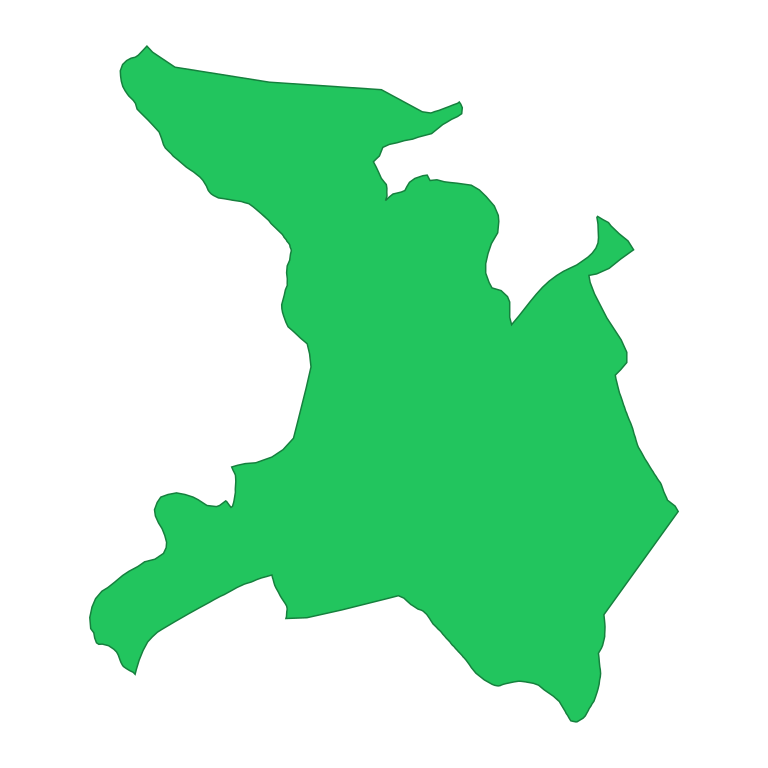 Bois D'Orange, Gros Islet, Saint Lucia (Natural Earth projection)
{"feature_id": "8701671B67132891165103", "entity_name": "Bois D'Orange", "entity_type": "district", "adm_level": 2, "iso_a3": "LCA", "parent_name": "Saint Lucia", "parent_adm1": "Gros Islet", "projection": "natural_earth1", "projection_center": [-60.96, 14.059], "detail": "fine", "context": "isolated", "style": "filled", "palette": "green", "viewbox_px": 768, "rotation_deg": 0, "n_neighbors": 0, "source": "geoboundaries", "source_scale": "gbopen_adm2", "svg_char_len": 6106}
<svg xmlns="http://www.w3.org/2000/svg" viewBox="0 0 768 768"><path d="M630.7,423.2L629.2,419.9L627.3,415.1L626.7,413.2L625.7,411.1L624.5,407.2L623.5,404.7L622.3,400.8L620.8,396.4L619.5,393.0L617.8,386.4L616.7,381.8L616.0,379.2L615.3,375.1L620.6,369.8L626.8,362.5L626.8,352.3L621.2,339.9L606.9,318.0L594.5,293.9L590.1,282.3L588.9,275.4L596.7,273.9L609.2,268.3L620.6,259.1L630.9,251.7L633.6,249.8L628.0,240.9L619.1,233.7L611.0,225.9L608.5,222.6L603.1,219.7L597.6,216.4L596.9,217.4L597.8,222.7L598.0,224.4L598.2,230.3L598.5,237.6L598.0,243.0L595.9,248.2L592.2,253.2L587.9,257.2L582.2,261.2L576.7,265.0L569.9,268.2L563.5,271.3L556.7,275.5L549.3,281.0L542.6,287.2L536.2,294.3L530.5,301.2L518.8,316.1L512.0,324.2L511.6,324.7L509.7,317.4L509.7,302.0L507.5,296.6L501.1,290.6L492.0,287.9L489.1,282.5L485.7,273.1L485.7,263.7L488.0,253.6L491.4,243.6L497.7,232.8L498.8,221.4L498.3,215.4L494.3,206.0L486.2,196.6L479.3,189.9L471.3,185.2L457.0,183.2L450.1,182.5L444.4,181.8L436.9,179.8L430.0,180.5L427.2,175.1L422.9,175.7L414.9,178.4L409.5,182.3L406.9,186.6L404.9,190.5L401.4,192.0L396.5,193.2L393.0,194.0L389.5,196.8L385.5,200.6L387.0,196.1L386.8,192.3L386.9,188.3L386.3,184.5L384.2,182.0L381.3,178.3L378.9,172.9L376.3,167.3L373.4,161.8L376.4,158.8L379.4,156.0L381.3,151.2L382.8,147.4L389.3,144.4L397.2,142.7L404.5,140.6L412.7,139.1L418.3,137.1L431.6,133.6L442.8,124.5L446.7,122.3L451.6,119.3L457.6,116.5L461.7,113.7L462.3,107.7L460.8,104.2L459.3,102.0L457.6,103.3L452.9,105.0L449.5,106.4L444.7,108.2L439.0,110.4L434.4,111.7L431.9,112.7L430.6,113.0L422.3,111.8L381.4,89.7L269.4,82.2L175.0,67.2L152.6,52.2L146.9,46.1L142.8,50.5L138.3,55.2L135.3,57.2L131.0,58.2L126.6,60.6L122.6,64.5L120.3,70.8L120.6,76.1L121.3,81.1L122.8,86.5L125.2,90.9L127.6,94.4L128.8,96.0L133.4,100.5L135.5,103.5L137.1,109.1L140.5,112.6L148.1,120.1L152.8,125.1L159.1,132.0L160.6,135.8L162.0,139.7L163.5,144.7L165.4,148.1L169.1,151.7L171.2,153.7L173.0,155.9L174.3,157.0L177.9,159.9L186.4,167.2L190.4,169.9L193.5,171.9L196.6,174.4L198.5,175.9L199.9,177.0L202.9,180.3L206.4,186.0L208.3,190.5L209.9,192.5L211.1,193.8L212.1,194.5L213.4,195.4L218.4,197.9L224.1,198.7L231.1,199.9L231.9,200.1L241.4,201.5L244.7,202.6L247.4,203.3L248.9,203.7L253.3,206.9L263.3,215.4L265.7,217.5L261.8,214.2L268.7,220.4L271.0,223.5L282.3,234.4L283.6,236.3L284.0,237.2L286.3,239.9L286.9,241.2L288.8,243.4L289.8,245.0L290.1,247.0L291.1,249.4L291.3,250.9L290.5,254.0L289.7,260.2L287.2,265.9L286.6,272.8L287.3,278.7L287.2,284.2L287.4,285.1L285.4,289.8L284.3,295.0L281.7,304.7L281.9,308.9L282.3,310.9L282.5,312.2L283.6,315.8L285.9,322.2L288.1,326.8L290.4,328.8L293.7,331.7L300.8,338.4L307.2,343.8L309.6,353.9L311.0,367.0L306.1,388.3L297.7,421.8L293.5,438.2L283.0,449.7L271.8,457.1L255.7,462.8L245.2,463.6L237.5,465.3L231.7,467.0L233.0,470.1L233.3,470.7L234.1,472.2L235.3,474.8L235.5,475.7L235.7,479.0L235.8,481.6L235.3,489.2L235.4,492.4L234.1,500.3L233.7,502.3L232.5,506.3L231.0,507.4L228.9,504.7L228.4,504.0L226.7,501.6L225.7,500.9L219.6,505.5L216.5,506.6L207.0,505.5L198.1,499.7L193.1,497.1L185.0,494.5L176.5,492.9L168.0,494.5L160.8,497.1L157.2,502.4L154.5,509.7L155.4,516.0L158.5,522.9L162.1,528.7L164.8,535.5L166.6,542.3L166.2,547.6L163.5,553.4L154.9,559.2L144.6,561.8L137.9,566.5L128.9,571.3L122.6,575.5L114.5,582.3L107.8,587.6L101.9,591.2L95.6,598.6L92.0,607.0L89.8,617.5L90.7,628.6L93.8,632.8L94.7,638.0L96.5,642.8L98.8,644.3L102.3,644.1L108.6,645.7L113.8,649.2L116.6,652.0L118.2,654.9L119.4,658.2L120.1,660.2L121.0,662.5L122.4,665.1L123.4,666.5L126.4,668.6L129.7,670.6L133.2,672.3L135.1,674.3L136.3,669.6L136.8,667.9L139.2,660.0L143.1,650.4L147.7,641.9L152.3,636.9L157.4,632.2L162.0,629.3L174.8,621.7L184.9,615.9L188.0,614.1L199.7,607.6L209.5,602.3L214.0,599.7L220.4,596.3L224.2,594.6L232.2,590.2L237.0,587.5L242.6,584.9L241.0,585.7L244.1,584.2L247.2,583.2L251.0,582.1L253.2,581.2L256.7,579.6L261.5,577.9L267.1,576.4L267.7,576.2L271.9,575.0L272.6,578.0L273.0,579.0L273.8,582.1L274.7,585.2L275.9,587.8L278.4,592.2L280.2,595.8L281.4,597.8L285.2,603.5L286.6,606.0L287.1,608.2L287.1,609.9L286.8,611.5L286.6,614.4L286.5,616.5L285.9,618.5L307.0,617.7L341.9,609.9L386.3,598.8L398.4,595.7L403.9,598.1L407.3,601.3L410.0,603.7L411.1,604.7L411.6,604.9L418.0,609.1L420.3,609.8L421.7,610.3L423.4,611.3L424.6,612.5L426.2,613.9L426.8,614.5L428.9,617.5L429.8,618.8L430.8,620.5L432.0,622.3L433.0,623.9L435.8,626.6L436.7,627.5L437.8,628.8L438.8,629.7L440.6,631.3L442.4,633.6L442.9,634.3L443.6,635.0L444.2,635.7L444.9,636.4L445.6,637.4L446.6,638.5L448.0,639.9L449.6,641.6L450.1,642.1L450.5,642.8L451.5,644.1L452.0,644.7L452.5,645.3L453.6,646.2L453.9,646.5L454.6,647.3L455.1,648.0L455.6,648.6L456.8,649.8L457.7,650.8L458.7,652.0L459.2,652.3L459.5,652.7L460.6,653.9L462.1,655.5L463.1,656.9L463.9,657.6L465.9,659.9L466.5,660.7L467.1,661.5L468.7,663.7L470.0,665.5L470.7,666.7L471.7,668.1L472.5,669.0L472.8,669.4L475.9,673.2L484.3,679.9L492.1,684.3L494.6,685.3L497.2,685.8L498.4,685.9L500.2,685.6L501.4,685.0L503.3,684.3L506.0,683.6L514.0,681.9L518.7,681.2L521.0,681.3L525.8,681.9L526.7,682.1L527.7,682.3L529.0,682.5L531.2,682.9L532.3,683.1L532.8,683.2L533.4,683.3L538.4,685.1L539.1,685.6L544.1,689.8L550.5,694.2L552.5,695.6L553.4,696.2L558.7,701.0L556.4,698.7L559.4,701.6L560.4,703.4L565.4,711.7L566.1,713.3L567.1,714.7L567.5,715.2L569.1,718.1L570.8,720.8L572.8,721.3L575.9,721.9L577.1,721.8L583.2,718.1L585.3,715.9L586.5,713.7L588.4,710.3L589.2,708.5L590.9,706.1L592.1,703.8L593.9,701.3L595.4,697.2L597.1,692.1L598.0,689.0L599.1,684.3L599.6,680.0L600.3,676.8L600.6,673.5L600.3,669.7L599.8,666.9L599.3,662.0L599.0,658.0L598.6,654.5L598.4,653.3L601.4,648.2L602.6,645.4L604.3,638.4L604.7,636.5L604.7,634.0L604.9,630.3L605.0,626.8L604.8,623.7L604.5,620.3L603.9,614.7L678.2,511.5L675.1,506.1L667.4,500.1L666.8,498.3L665.9,496.4L665.3,495.1L663.8,491.8L662.9,489.1L661.9,486.3L661.3,484.6L660.3,482.6L659.1,481.1L657.8,479.3L657.0,478.0L656.2,476.6L654.2,473.8L653.0,471.6L651.6,469.6L649.5,466.2L647.5,462.8L645.0,459.0L641.1,451.8L638.4,447.3L637.4,444.8L636.6,442.2L635.9,439.9L635.3,437.4L634.1,434.1L632.7,428.7L631.8,426.2L630.7,423.2Z" fill="#22c55e" stroke="#15803d" stroke-width="1.5"/></svg>